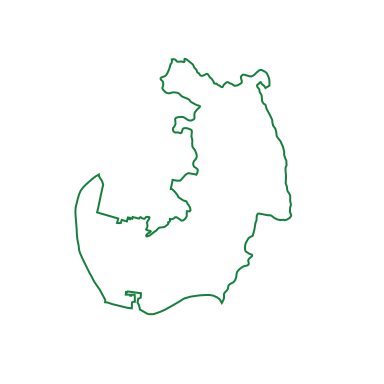 Hoa Lu, Ninh Bình, Vietnam (orthographic projection), rotated 216°
{"feature_id": "81297802B36566531846362", "entity_name": "Hoa Lu", "entity_type": "district", "adm_level": 2, "iso_a3": "VNM", "parent_name": "Vietnam", "parent_adm1": "Ninh Bình", "projection": "orthographic", "projection_center": [105.938, 20.25], "detail": "fine", "context": "isolated", "style": "outline", "palette": "green", "viewbox_px": 384, "rotation_deg": 216, "n_neighbors": 0, "source": "geoboundaries", "source_scale": "gbopen_adm2", "svg_char_len": 6111}
<svg xmlns="http://www.w3.org/2000/svg" viewBox="0 0 384 384"><g transform="rotate(216 192 192)"><path d="M100.4,223.6L99.2,225.2L97.8,228.2L97.7,229.4L97.7,230.5L98.0,231.4L98.6,232.0L100.6,233.1L101.3,233.7L103.3,236.9L103.8,238.0L104.3,239.6L105.2,240.6L107.2,242.3L109.5,245.6L110.5,246.9L113.4,248.3L114.6,248.6L115.9,249.4L118.4,252.1L121.4,254.2L124.9,259.7L129.7,265.2L130.7,267.0L131.2,269.1L131.6,269.8L132.7,271.0L134.1,272.8L136.8,274.3L139.5,276.4L141.0,278.7L144.9,282.0L150.0,284.9L151.3,285.4L154.9,286.4L156.4,287.1L159.6,290.5L161.6,292.1L165.8,293.6L166.3,294.3L167.6,295.2L169.4,297.4L174.3,300.1L180.5,303.1L183.3,305.4L184.0,305.7L186.2,305.6L188.6,306.6L192.0,310.6L193.3,311.6L195.1,312.2L196.5,313.1L197.5,314.3L198.2,314.7L200.7,315.4L201.4,315.8L201.9,316.2L202.2,317.2L201.5,318.9L201.5,320.3L201.2,321.1L201.0,321.3L199.0,320.4L195.8,320.2L193.7,319.3L191.9,323.5L193.3,325.6L194.9,327.7L196.8,329.4L199.1,330.9L201.3,332.0L203.5,332.3L207.5,331.6L208.2,331.2L209.3,329.6L209.9,327.0L210.4,323.7L211.1,321.8L211.8,320.6L213.3,319.5L218.8,317.5L219.5,317.1L219.9,316.5L220.1,315.6L220.2,313.9L218.8,312.5L216.8,310.9L216.1,309.8L216.1,309.2L216.8,307.3L217.9,305.0L219.7,303.1L220.3,302.9L223.5,302.8L225.4,302.1L227.0,302.1L227.7,301.9L228.6,300.8L229.1,298.4L229.3,297.2L229.1,296.3L229.0,294.9L229.3,294.5L230.7,294.1L232.3,294.3L233.4,293.9L234.4,293.8L235.2,294.0L236.0,293.9L237.1,293.2L238.1,293.0L238.5,293.4L240.5,294.4L242.7,295.1L244.5,295.2L248.1,296.5L249.0,296.5L249.7,296.0L250.9,293.6L252.2,291.8L253.0,291.4L253.5,291.3L254.1,291.3L256.1,292.1L257.5,291.9L258.2,292.0L260.1,293.4L263.3,294.0L265.6,295.4L266.7,295.7L274.3,296.1L275.9,295.7L276.1,295.5L276.2,295.0L275.8,294.4L274.9,293.5L274.7,293.1L274.7,292.7L275.0,292.3L277.2,291.4L278.1,290.7L279.8,289.2L280.4,288.9L281.1,288.7L282.5,289.2L284.1,289.1L285.2,288.5L286.3,287.3L285.5,286.6L284.6,285.0L284.3,284.0L284.3,283.4L284.5,283.1L284.2,282.0L282.9,278.6L282.1,275.4L281.7,273.3L281.6,272.0L281.7,270.7L282.2,269.5L284.1,266.7L284.3,265.8L284.0,265.1L283.3,264.7L280.5,264.2L279.0,262.9L277.8,261.0L277.3,259.1L276.9,258.5L276.5,258.2L276.0,257.9L272.7,257.2L271.4,257.2L270.2,257.5L269.3,257.9L268.2,258.6L266.6,260.8L264.9,262.2L262.7,263.4L261.4,263.9L260.7,264.0L259.4,263.9L257.5,263.5L255.8,263.5L253.0,264.2L249.5,265.0L247.9,264.9L246.4,264.3L245.7,264.3L240.9,264.8L239.0,265.2L237.2,265.9L236.3,266.1L235.8,265.9L235.7,264.6L236.1,263.0L236.4,261.1L236.5,258.1L235.6,255.9L233.9,254.0L233.4,253.1L233.2,252.1L233.3,251.7L234.4,249.8L235.0,249.0L237.2,247.9L242.5,247.6L243.9,247.1L246.1,245.5L247.4,244.1L248.5,242.6L248.6,241.6L248.4,241.0L245.5,237.6L245.0,236.3L244.8,234.4L244.9,232.5L244.7,232.0L243.6,230.7L242.7,230.3L241.5,230.0L240.4,230.3L238.3,232.0L235.9,232.8L235.4,233.4L235.4,234.0L236.4,237.1L236.5,237.7L236.3,238.4L236.0,238.8L235.4,239.5L233.2,240.8L229.7,241.8L228.7,241.7L227.6,240.8L225.2,236.7L222.2,234.2L220.9,232.1L218.7,229.3L218.2,228.9L217.4,228.5L214.1,227.5L210.9,225.5L210.0,224.6L209.4,224.0L208.7,222.9L208.4,221.8L208.3,220.7L208.6,218.3L208.1,216.3L207.4,215.3L206.8,214.6L205.5,213.8L204.7,213.7L201.7,213.8L201.1,213.7L200.6,213.4L199.9,212.7L199.1,210.8L198.8,209.7L198.7,208.5L199.7,208.2L205.9,205.2L206.7,203.9L207.4,201.8L208.1,194.8L208.5,194.0L210.9,192.3L214.8,190.4L213.3,187.3L211.4,182.9L210.9,181.9L209.9,182.6L206.1,182.1L201.8,180.9L199.9,179.8L194.0,180.1L192.0,180.8L191.4,181.1L191.0,181.1L188.5,179.7L187.0,179.4L185.4,178.7L183.9,177.8L182.5,176.4L182.4,175.3L182.6,174.9L184.9,173.4L182.0,169.2L181.8,167.1L182.0,165.0L182.6,163.7L183.3,162.9L183.8,162.7L188.5,162.6L189.9,162.4L190.9,161.5L191.2,160.1L191.8,158.6L192.6,158.0L194.1,157.2L192.9,155.8L192.8,155.1L193.0,154.3L193.5,153.3L192.6,152.7L192.5,151.8L192.8,150.4L193.3,148.7L194.0,147.2L197.1,144.3L197.7,143.4L198.1,141.7L198.3,139.4L199.1,137.6L200.6,132.0L202.2,129.7L202.8,129.4L203.3,129.6L203.6,130.7L203.3,132.6L202.3,134.6L202.3,135.9L202.9,136.0L204.4,135.2L206.6,134.7L207.2,134.8L207.4,136.6L207.8,137.9L208.7,139.1L210.5,140.8L210.7,142.0L210.9,145.2L211.1,145.9L211.4,146.3L211.8,146.5L214.1,145.3L214.4,144.8L214.6,142.7L215.0,142.1L216.9,141.4L218.9,141.4L219.1,141.0L219.3,139.3L225.3,136.9L224.6,135.3L226.5,134.8L226.0,133.6L227.3,133.0L227.8,134.3L228.9,133.7L227.4,129.9L232.5,128.1L231.4,125.2L232.7,123.9L234.4,122.9L236.1,127.2L256.8,119.7L258.7,124.3L264.1,136.3L268.2,145.8L271.3,148.0L276.6,150.1L277.6,151.4L279.0,148.4L280.3,144.2L282.2,135.7L282.7,132.5L282.8,129.5L282.8,127.5L282.1,124.2L280.3,119.0L277.1,111.2L274.8,107.6L272.9,105.2L263.8,94.5L260.5,90.4L256.9,86.3L252.3,82.1L249.6,79.1L247.2,77.1L240.7,73.3L226.3,65.8L223.5,64.6L218.5,62.0L209.2,58.7L200.1,54.4L198.9,53.8L197.9,52.5L197.5,51.7L195.8,52.7L193.8,53.5L191.2,54.2L178.9,59.2L175.9,60.5L172.3,62.5L175.3,66.8L175.6,67.5L175.3,68.3L173.7,69.7L178.0,75.2L180.4,73.5L180.1,72.4L181.1,71.8L181.6,72.6L185.3,70.0L186.6,72.3L185.5,72.7L185.6,73.7L173.8,80.1L171.4,76.4L172.8,74.0L171.1,70.5L168.8,69.5L166.5,67.7L165.2,66.3L156.9,67.2L154.9,67.9L151.4,70.5L148.8,74.1L147.0,76.8L144.3,81.6L138.0,95.5L136.4,99.8L135.5,101.6L131.5,106.6L127.7,110.4L124.3,113.5L120.5,116.6L117.5,118.8L115.3,120.0L113.7,120.7L109.8,121.5L107.0,121.5L105.6,121.1L102.6,119.7L102.7,120.7L103.4,124.0L103.9,125.2L105.5,127.3L106.1,128.2L106.3,128.9L106.3,130.7L106.0,132.1L105.9,133.5L106.2,135.1L107.1,136.9L107.5,138.1L107.4,139.1L107.1,140.0L105.6,142.9L105.3,144.5L105.3,145.9L106.1,148.9L108.1,152.6L108.5,153.9L108.5,155.2L108.2,157.7L107.5,160.0L106.5,162.3L103.9,165.3L103.7,167.0L104.2,167.7L105.0,168.5L106.2,169.4L106.5,170.4L106.6,171.7L105.8,175.1L105.9,175.8L106.7,176.5L109.0,175.8L113.1,175.5L113.8,175.6L114.6,176.0L116.2,177.7L117.6,180.1L118.4,182.1L118.9,185.3L119.1,187.6L118.8,189.1L117.2,192.1L117.3,192.7L119.4,198.2L122.4,204.1L123.2,207.0L125.8,211.2L125.9,211.8L125.9,212.5L125.9,213.1L124.9,214.1L117.1,217.7L115.3,219.0L114.6,219.3L113.7,219.5L110.0,219.4L107.4,219.8L104.6,220.9L102.3,222.7L101.7,223.4L100.4,223.6Z" fill="none" stroke="#15803d" stroke-width="2"/></g></svg>